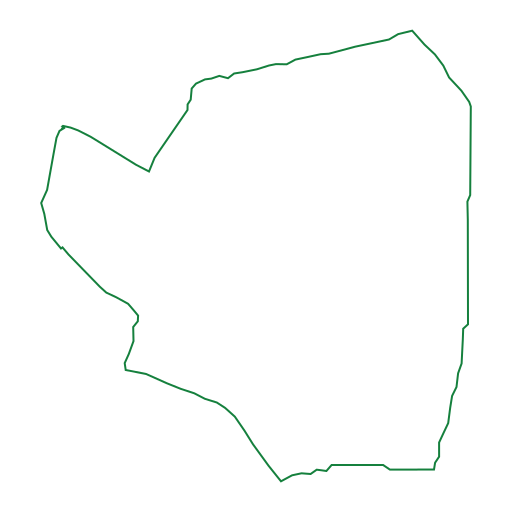 outline of Heiban, South Kordufan, Sudan
{"feature_id": "16777658B58356083218961", "entity_name": "Heiban", "entity_type": "district", "adm_level": 2, "iso_a3": "SDN", "parent_name": "Sudan", "parent_adm1": "South Kordufan", "projection": "albers", "projection_center": [30.437, 11.168], "detail": "fine", "context": "isolated", "style": "outline", "palette": "green", "viewbox_px": 512, "rotation_deg": 0, "n_neighbors": 0, "source": "geoboundaries", "source_scale": "gbopen_adm2", "svg_char_len": 1489}
<svg xmlns="http://www.w3.org/2000/svg" viewBox="0 0 512 512"><path d="M412.2,30.7L398.2,34.1L389.0,39.5L369.3,43.7L355.1,46.7L328.9,53.7L320.6,54.2L307.3,57.1L295.4,59.6L286.7,64.3L276.0,64.1L269.0,65.5L256.9,69.3L242.6,72.2L234.1,73.5L228.0,78.2L219.3,75.9L211.3,78.6L205.0,79.4L196.0,83.6L191.7,88.5L190.7,99.7L187.6,104.4L187.5,110.0L154.6,157.8L149.0,171.5L136.1,164.8L90.7,136.8L78.1,130.4L70.6,127.6L63.0,125.9L62.6,126.2L64.2,126.8L63.5,127.3L63.9,127.4L62.7,128.2L63.4,128.5L62.7,128.9L59.5,130.9L56.5,137.8L53.8,152.5L50.6,170.3L47.1,189.9L41.2,203.0L44.3,213.9L47.0,228.8L47.2,230.0L51.3,236.7L61.0,248.5L61.7,248.0L62.5,247.4L68.5,254.5L99.8,286.7L106.3,292.6L116.3,297.3L128.1,303.8L133.2,309.7L138.1,315.6L137.8,321.3L133.2,327.0L133.5,341.1L128.8,354.0L124.7,363.1L125.7,370.0L146.1,374.0L166.7,383.2L180.9,388.9L194.3,393.3L204.9,398.8L216.8,402.5L225.1,407.9L234.8,416.6L244.5,430.7L253.0,444.3L268.6,465.8L281.0,481.3L285.6,478.8L292.1,475.3L301.5,473.3L310.6,474.0L316.7,469.7L321.6,470.3L326.4,471.0L331.6,465.0L355.2,465.0L377.2,465.0L379.1,465.0L383.1,465.0L389.9,469.6L410.2,469.6L412.0,469.6L427.7,469.5L433.9,469.5L434.0,469.5L435.1,462.7L439.1,456.7L439.1,442.5L443.8,432.4L448.2,423.1L450.2,407.7L452.1,395.9L456.5,387.0L458.1,373.3L461.6,363.5L462.8,339.7L463.2,328.7L468.0,324.3L467.8,219.8L467.4,201.6L470.2,195.1L470.8,106.5L469.2,101.9L461.4,90.7L449.1,77.5L443.3,65.6L434.9,54.4L424.5,44.6L412.2,30.7Z" fill="none" stroke="#15803d" stroke-width="2"/></svg>